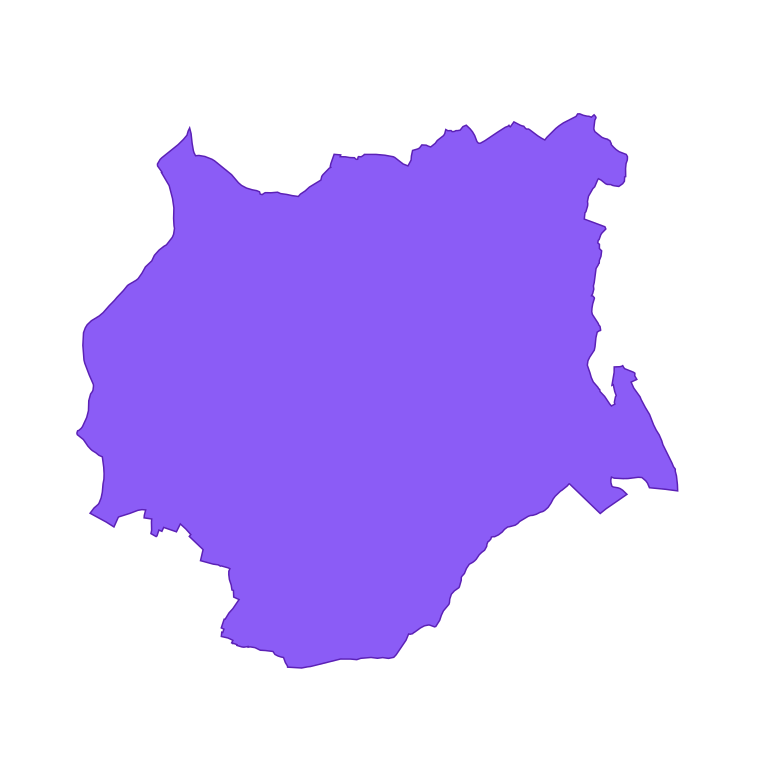 Urmenis, Bistrita-Nasaud, Romania, rotated 97°
{"feature_id": "2599482B85850276190943", "entity_name": "Urmenis", "entity_type": "district", "adm_level": 2, "iso_a3": "ROU", "parent_name": "Romania", "parent_adm1": "Bistrita-Nasaud", "projection": "albers", "projection_center": [24.357, 46.791], "detail": "fine", "context": "isolated", "style": "filled", "palette": "violet", "viewbox_px": 768, "rotation_deg": 97, "n_neighbors": 0, "source": "geoboundaries", "source_scale": "gbopen_adm2", "svg_char_len": 6138}
<svg xmlns="http://www.w3.org/2000/svg" viewBox="0 0 768 768"><g transform="rotate(97 384 384)"><path d="M548.1,660.0L554.9,642.8L558.8,634.6L548.7,631.5L548.2,631.0L543.4,620.5L539.4,612.9L538.2,609.0L538.0,605.2L543.5,605.9L546.1,605.8L546.3,598.1L549.2,598.0L557.5,596.8L560.9,597.1L563.2,591.6L562.4,590.8L556.4,589.6L557.3,586.5L553.2,585.2L556.0,572.0L547.7,569.1L552.0,563.1L557.0,557.4L559.0,558.7L570.4,543.4L581.7,544.6L583.6,531.6L583.7,526.4L584.7,524.3L584.4,523.2L585.5,516.1L586.1,514.4L588.7,515.2L592.2,514.8L597.0,513.6L602.1,511.2L607.0,509.8L607.2,508.3L613.8,507.2L615.6,501.6L625.5,506.7L630.0,509.9L636.8,513.0L636.9,514.0L645.9,515.8L646.8,513.0L650.3,513.8L650.1,514.8L654.4,514.7L655.1,508.0L655.8,505.7L656.9,502.7L659.5,503.7L660.1,502.4L659.7,502.2L660.6,498.1L661.4,498.2L662.3,493.0L662.3,491.0L661.1,486.9L661.8,486.8L661.2,484.9L661.4,479.9L663.3,474.4L663.0,469.2L663.0,461.6L665.7,459.3L666.9,456.1L667.5,452.9L667.7,450.4L672.6,447.9L675.6,445.5L676.8,445.2L675.9,431.1L674.0,425.2L673.4,422.6L662.3,393.7L661.1,383.6L660.9,377.4L659.1,373.6L657.0,363.5L657.0,357.0L655.7,352.0L655.8,346.1L654.1,341.0L651.4,339.0L635.6,330.9L629.1,329.1L629.2,327.6L628.3,325.1L627.1,324.3L627.0,323.8L621.6,318.0L619.1,314.4L617.8,310.6L617.7,309.3L618.9,304.2L618.3,303.0L611.7,299.9L606.6,298.9L602.0,297.4L594.7,292.7L593.1,292.4L589.4,292.5L584.4,291.5L580.7,288.9L577.1,284.9L576.2,284.5L569.4,283.4L566.7,283.7L565.6,283.4L562.3,281.1L557.1,279.7L552.5,277.4L550.1,274.1L548.5,272.5L546.7,271.1L541.9,268.7L539.2,266.5L536.7,263.9L532.7,262.3L530.4,262.3L527.9,261.6L527.1,260.6L524.9,259.1L522.8,258.7L522.3,257.3L522.1,255.6L519.8,252.0L516.5,248.6L513.6,246.7L510.9,243.9L510.2,241.6L508.1,236.5L506.1,234.2L503.9,232.6L497.8,224.8L496.7,222.7L496.2,220.3L494.7,216.9L492.3,213.4L491.2,210.8L489.9,209.1L486.5,206.1L481.8,203.7L477.5,202.1L474.5,200.4L468.7,195.7L468.0,194.7L462.6,189.5L460.7,188.4L460.5,187.7L486.2,153.6L480.8,148.4L463.9,129.4L460.3,134.2L459.0,136.9L458.5,139.2L458.3,143.9L457.6,145.4L454.1,146.8L451.5,147.2L448.7,146.9L449.4,144.1L448.8,135.2L448.1,130.3L445.6,120.3L445.4,116.6L448.2,112.4L450.3,110.4L454.6,107.9L454.2,91.8L454.3,79.5L448.1,80.5L439.6,82.5L435.0,84.3L433.0,84.5L430.8,86.6L427.4,88.5L410.2,99.8L406.5,101.4L400.9,104.7L396.6,108.2L391.6,111.5L381.9,116.7L375.5,121.7L368.2,126.8L365.5,128.3L357.6,135.6L352.0,139.0L348.6,133.6L345.4,136.1L342.7,136.3L341.9,137.8L339.5,146.9L338.5,148.0L336.7,149.3L337.5,150.4L338.1,152.1L339.0,157.6L344.4,157.0L357.5,157.6L356.7,156.4L363.3,154.1L367.2,152.1L368.4,152.7L373.3,153.1L374.3,153.1L375.8,152.4L378.1,155.6L376.4,157.5L369.4,163.5L365.2,168.6L363.1,169.3L362.5,170.4L361.2,171.3L356.4,176.6L352.2,179.1L347.9,180.9L340.5,184.5L336.1,184.4L332.3,183.1L324.8,179.4L321.3,179.1L312.2,179.3L306.5,178.7L304.7,176.5L304.7,176.0L304.2,175.5L300.5,176.6L299.2,178.0L297.7,178.8L289.5,185.7L286.9,186.6L283.4,186.8L279.0,186.6L273.3,185.6L272.7,185.8L271.2,187.5L271.1,188.8L268.9,187.9L264.3,187.3L261.1,188.1L257.7,187.7L243.5,187.6L239.7,185.9L238.6,185.7L237.9,185.1L235.0,185.3L230.8,184.2L225.3,184.2L223.3,186.7L219.1,187.2L217.9,189.0L215.3,188.9L214.5,188.1L209.4,187.0L207.6,186.1L203.1,182.7L201.0,183.9L195.9,205.3L189.5,205.4L188.4,204.6L182.4,203.6L180.3,203.7L178.1,204.3L172.7,203.9L164.6,200.5L162.6,198.9L155.3,196.8L154.1,196.2L155.2,193.3L158.2,188.5L158.7,186.8L158.4,183.1L159.0,181.5L159.2,179.7L159.3,175.0L156.1,171.5L153.5,170.1L149.1,170.4L148.7,169.4L140.5,170.5L135.7,170.6L132.0,169.8L130.1,169.9L128.6,170.1L126.6,171.6L124.8,178.8L123.1,182.1L120.9,185.1L118.6,187.7L117.8,187.7L114.9,189.5L114.2,191.5L113.8,191.8L113.4,195.0L112.6,197.8L107.8,205.5L105.4,206.8L103.5,206.9L96.5,206.9L93.9,206.0L92.7,206.6L91.2,208.3L93.9,210.7L93.3,213.1L93.4,215.1L93.0,218.9L92.0,222.6L92.3,224.7L95.0,226.0L103.0,237.8L106.4,241.7L109.4,244.6L119.3,252.4L122.2,254.1L120.9,257.5L118.9,261.7L113.8,270.5L113.3,271.8L113.6,273.2L113.5,273.9L112.8,275.0L111.1,276.7L111.0,278.1L110.5,280.3L108.0,287.0L113.3,289.9L113.0,290.7L112.0,291.5L113.1,292.4L114.4,294.9L119.9,301.6L130.3,313.6L133.4,317.9L133.4,319.7L132.0,321.3L126.3,324.3L122.9,326.9L120.3,329.6L117.1,333.9L118.9,337.0L122.8,339.4L123.5,341.8L123.7,343.4L124.8,345.1L125.2,347.1L124.3,348.3L124.8,351.5L123.9,353.7L128.0,354.2L130.1,355.1L135.8,360.8L138.9,362.5L143.0,366.5L142.6,368.8L141.8,371.2L142.1,375.6L145.4,377.5L146.6,379.2L148.7,384.1L154.4,384.6L158.5,384.4L164.6,386.8L163.3,391.8L157.8,401.0L157.3,402.5L156.8,411.0L157.1,420.0L158.5,431.5L159.3,432.0L160.8,433.7L161.3,434.6L161.4,437.0L162.0,437.4L164.1,437.5L164.4,438.3L164.1,439.6L163.0,440.9L163.4,445.5L163.2,449.9L163.7,455.2L161.9,454.9L162.1,461.5L171.7,463.6L174.6,463.9L175.4,463.2L176.4,464.6L183.8,470.2L185.5,471.1L189.3,471.5L197.6,482.0L202.0,485.8L205.7,490.1L208.3,491.9L208.2,498.2L207.7,503.6L207.6,509.8L206.6,513.0L208.0,519.7L208.5,524.8L208.8,525.6L210.9,528.1L210.6,530.0L208.4,531.0L207.6,533.9L207.3,538.4L206.3,544.3L204.3,549.5L202.0,553.0L194.8,560.8L183.2,579.3L181.9,582.1L180.0,589.5L179.7,595.5L180.4,598.9L177.5,600.8L175.4,601.7L168.4,603.8L159.0,606.0L153.6,608.1L156.8,609.2L161.1,609.9L165.7,612.9L171.6,617.6L186.5,632.1L188.4,633.6L193.3,635.7L195.2,635.3L200.8,630.2L201.2,630.7L213.3,621.4L225.7,616.5L234.9,614.0L245.4,613.0L252.6,611.7L255.1,610.9L261.1,611.1L264.2,612.0L272.4,616.9L274.2,619.3L278.4,623.5L282.4,626.3L284.3,627.6L290.1,629.5L296.9,635.1L303.4,637.7L309.4,640.9L311.2,642.6L316.7,649.8L317.8,650.8L323.1,654.1L330.7,659.7L333.8,661.7L339.8,666.3L347.3,671.4L351.1,674.9L356.8,682.1L361.3,685.8L364.6,687.3L369.7,688.5L382.4,687.6L396.8,684.7L399.9,683.5L411.1,677.6L419.7,672.5L421.3,672.1L425.4,672.1L426.7,672.4L429.7,674.0L436.6,675.0L446.5,674.1L453.4,675.0L463.1,678.1L465.0,679.2L467.2,681.2L467.8,682.4L469.7,682.8L470.7,682.7L471.7,682.2L475.8,675.6L481.9,670.2L484.5,667.1L485.6,665.5L487.4,661.6L489.5,658.3L490.6,654.7L501.0,652.0L507.2,650.9L512.6,650.4L517.4,650.7L525.7,650.4L531.6,650.9L536.9,652.3L538.3,653.0L542.4,656.7L548.1,660.0Z" fill="#8b5cf6" stroke="#5b21b6" stroke-width="1.5"/></g></svg>